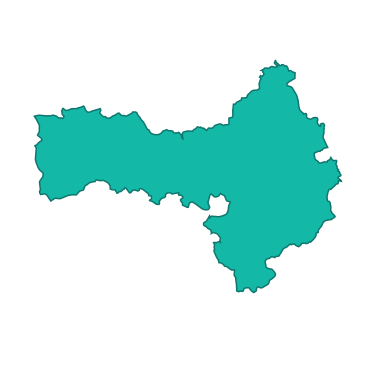 the district of Luc Nam, Bắc Giang, Vietnam, rotated 168°
{"feature_id": "81297802B23878626253121", "entity_name": "Luc Nam", "entity_type": "district", "adm_level": 2, "iso_a3": "VNM", "parent_name": "Vietnam", "parent_adm1": "Bắc Giang", "projection": "albers", "projection_center": [106.454, 21.304], "detail": "fine", "context": "isolated", "style": "filled", "palette": "teal", "viewbox_px": 384, "rotation_deg": 168, "n_neighbors": 0, "source": "geoboundaries", "source_scale": "gbopen_adm2", "svg_char_len": 5988}
<svg xmlns="http://www.w3.org/2000/svg" viewBox="0 0 384 384"><g transform="rotate(168 192 192)"><path d="M198.3,255.7L202.4,257.0L204.0,258.3L205.6,257.8L207.4,257.8L210.0,255.9L212.8,255.1L216.2,255.7L219.5,257.5L220.8,259.6L221.1,261.4L222.7,262.8L224.9,270.5L226.8,273.5L227.3,275.5L228.9,278.2L229.5,281.1L230.4,281.9L233.2,282.6L234.6,281.5L240.7,279.8L242.6,281.0L244.0,281.0L245.8,282.4L246.7,284.2L248.1,284.5L250.5,283.4L253.6,282.8L256.9,281.4L259.5,281.8L260.1,282.2L261.0,283.8L262.5,283.9L263.6,284.7L265.7,288.0L265.8,288.8L264.2,290.9L264.4,292.6L273.3,291.9L275.0,291.4L277.0,291.6L277.8,292.1L278.7,293.5L279.3,295.3L279.6,297.8L280.2,298.6L283.7,297.9L285.9,298.0L287.2,297.5L292.5,298.5L296.4,297.7L298.8,298.2L300.6,300.5L301.1,300.6L302.5,298.4L302.8,295.0L301.4,292.4L303.4,290.8L304.8,291.7L307.1,292.1L308.7,294.3L311.5,295.8L312.8,296.1L314.7,295.8L316.6,296.5L317.7,296.5L325.6,298.9L329.9,299.0L330.5,298.8L329.2,295.7L327.4,289.1L328.8,282.8L331.2,279.9L331.1,279.3L328.3,275.9L327.9,274.0L332.0,272.0L334.3,270.2L335.8,270.1L336.1,269.8L335.2,267.3L338.3,256.8L338.4,254.0L337.4,247.7L336.6,245.6L333.6,241.2L334.7,238.0L338.2,234.7L339.1,233.5L339.8,225.6L341.0,224.2L341.1,222.6L340.6,221.0L336.2,220.9L334.6,219.2L332.0,212.5L328.2,214.1L326.9,214.3L323.8,213.2L322.1,212.9L313.8,214.4L309.6,214.2L305.8,213.2L301.7,216.2L297.8,216.5L295.0,220.6L293.1,220.9L290.7,222.3L287.0,222.6L284.8,222.3L283.6,223.5L283.0,223.7L279.2,222.1L276.2,221.8L272.7,218.9L271.8,217.7L270.8,214.8L271.4,211.9L269.9,210.9L266.8,210.0L265.6,206.4L264.4,206.5L263.6,207.3L261.2,207.3L259.3,208.6L257.5,209.1L256.7,210.2L255.8,209.6L253.3,204.1L252.1,204.1L249.4,206.1L247.2,205.7L244.7,204.2L243.4,204.5L242.7,206.1L241.4,205.9L239.7,205.0L235.0,199.3L234.9,197.2L233.1,196.9L232.6,196.4L233.0,193.9L233.7,193.3L235.1,192.9L235.3,192.4L232.8,191.0L229.4,187.4L226.8,186.7L226.2,187.6L225.7,190.1L222.8,192.1L219.7,192.4L218.8,193.3L218.5,194.9L217.1,195.9L214.0,196.1L211.9,194.2L205.1,194.1L205.7,192.5L205.4,191.5L203.3,191.3L201.8,188.9L202.2,188.1L204.1,187.5L204.9,186.6L204.9,185.7L203.7,183.1L204.0,181.1L200.0,178.1L198.9,177.8L197.4,180.6L196.2,182.0L195.5,182.4L194.0,182.1L192.2,180.9L185.4,173.3L183.8,172.3L181.4,171.4L179.5,171.6L178.1,173.0L177.8,173.9L178.5,176.5L178.4,178.9L174.7,185.9L174.0,186.1L173.5,185.8L171.5,183.0L169.7,182.1L166.8,182.5L164.3,184.7L163.1,183.2L162.0,182.6L160.9,181.3L160.2,177.1L159.8,176.0L156.7,174.4L156.6,174.0L158.8,171.2L160.5,166.4L162.8,163.3L163.6,162.9L168.1,162.2L170.9,162.2L178.4,164.4L180.0,162.8L180.3,162.9L180.1,164.7L184.0,160.4L186.7,159.6L187.5,158.2L187.3,156.7L185.2,155.0L183.9,152.9L181.6,151.1L181.4,148.4L181.8,147.4L179.8,148.1L176.5,146.2L175.6,145.3L173.9,141.5L173.9,140.3L174.8,138.9L174.7,136.8L175.9,137.8L178.6,137.4L181.0,138.1L181.5,137.9L180.9,135.7L181.9,133.1L181.8,131.2L182.8,130.1L182.7,128.8L181.6,123.5L180.3,119.5L180.3,117.2L178.1,116.5L176.2,114.4L175.7,112.7L173.6,111.9L170.9,108.8L169.1,107.2L166.7,107.1L166.6,106.5L168.0,102.3L168.0,101.4L167.0,99.2L167.4,97.3L167.7,92.4L168.8,85.9L167.2,84.8L165.0,85.0L163.1,84.2L162.1,84.9L161.6,86.2L160.9,86.9L158.9,87.0L156.8,86.6L156.0,86.2L154.9,83.7L153.4,81.6L152.3,80.8L149.6,82.0L148.8,84.5L147.9,85.4L146.9,85.4L145.1,84.1L143.6,83.7L137.2,85.8L135.9,86.9L134.3,89.6L131.6,90.6L128.6,92.3L127.8,93.3L127.4,94.5L128.0,96.5L129.8,99.8L134.0,101.6L135.2,103.6L135.3,104.3L134.9,105.7L135.2,108.4L133.4,110.6L132.4,110.9L130.2,111.0L127.4,112.2L124.6,110.7L123.8,111.4L120.3,111.3L114.2,117.7L110.7,118.5L106.9,120.7L105.7,119.7L104.0,120.1L103.0,119.9L101.0,117.7L99.0,116.3L96.8,117.4L95.3,118.9L93.1,118.7L90.6,117.7L89.1,117.9L87.6,119.0L86.5,118.3L82.9,120.5L80.8,122.4L79.8,123.6L79.0,126.0L77.0,126.2L76.6,127.9L76.1,128.7L72.2,131.9L70.1,134.9L67.9,136.1L66.4,136.4L61.5,136.1L57.2,138.0L57.5,139.5L59.2,141.7L59.8,144.0L60.4,144.7L59.4,148.0L59.1,152.7L59.8,154.3L60.8,154.7L61.4,155.4L61.0,159.1L59.3,163.1L57.5,166.0L55.8,165.7L51.2,168.3L49.8,169.6L47.6,169.8L46.9,170.7L46.8,172.2L46.3,172.6L43.7,171.4L43.8,172.3L46.3,175.5L45.8,176.3L43.0,177.0L42.9,177.9L43.5,179.3L43.6,181.1L44.8,182.1L44.0,183.4L45.2,184.8L44.8,186.9L45.5,189.4L44.2,191.6L44.1,192.3L44.3,192.9L46.7,193.2L48.1,194.2L49.0,196.9L50.4,195.0L52.7,194.5L53.7,193.2L56.4,194.0L60.1,193.5L61.8,194.2L62.2,195.5L64.3,197.7L64.8,199.1L64.7,203.2L64.4,204.2L63.4,204.8L59.6,205.6L58.4,205.1L57.5,205.8L56.2,205.8L54.5,207.1L53.4,207.4L50.0,207.3L52.6,218.2L50.5,222.9L50.3,224.7L49.6,226.2L49.5,228.0L48.6,229.1L48.6,230.6L49.4,231.9L50.9,232.0L52.2,231.6L52.4,230.1L52.9,229.5L53.6,230.1L55.0,233.0L54.9,234.4L54.0,236.4L53.9,237.9L54.4,238.7L55.6,239.2L57.7,239.4L60.8,238.4L63.8,240.2L64.5,241.5L63.8,243.7L64.1,244.9L64.7,245.2L66.8,244.9L67.2,246.7L68.1,247.3L69.6,250.2L69.7,253.6L69.2,259.6L69.5,264.7L72.3,273.1L73.4,274.4L76.5,276.1L77.0,277.4L76.8,277.9L75.7,278.8L73.7,279.8L67.7,281.8L66.4,287.2L68.8,288.6L70.3,290.3L72.2,290.3L72.5,293.3L73.3,295.7L75.2,295.9L75.9,297.2L77.4,297.8L77.9,297.8L78.4,297.3L79.7,297.3L83.2,302.2L82.8,302.8L83.2,303.2L84.6,301.0L83.3,298.7L82.2,297.7L82.1,296.9L82.4,296.7L85.2,296.9L87.5,298.1L88.6,298.2L91.3,296.9L92.6,297.6L95.2,298.1L96.6,297.1L98.9,296.5L97.7,295.9L97.8,294.4L97.2,293.3L97.2,292.1L99.4,290.4L100.8,291.6L102.0,290.2L101.5,289.8L100.9,288.3L101.6,287.9L103.9,284.0L104.4,279.1L107.3,278.1L110.6,278.7L112.9,278.2L117.5,275.3L118.7,273.0L122.7,273.3L123.7,273.8L124.8,271.7L129.5,270.5L131.7,268.9L133.2,269.3L135.3,262.8L136.3,257.4L136.8,256.8L140.5,256.6L141.7,250.9L142.6,250.5L143.7,250.4L145.5,251.0L147.1,250.4L149.8,252.6L152.0,252.8L155.8,252.3L158.3,250.4L160.1,250.4L162.5,251.1L164.9,249.2L167.3,252.0L168.6,252.3L170.2,253.7L171.6,253.7L173.1,254.6L175.8,252.8L177.0,252.8L179.0,251.3L183.3,252.6L188.2,252.4L189.4,250.8L189.9,245.9L190.5,246.5L190.7,250.4L192.6,253.1L194.6,252.9L196.9,253.4L197.6,253.9L198.3,255.7Z" fill="#14b8a6" stroke="#0f766e" stroke-width="1.5"/></g></svg>